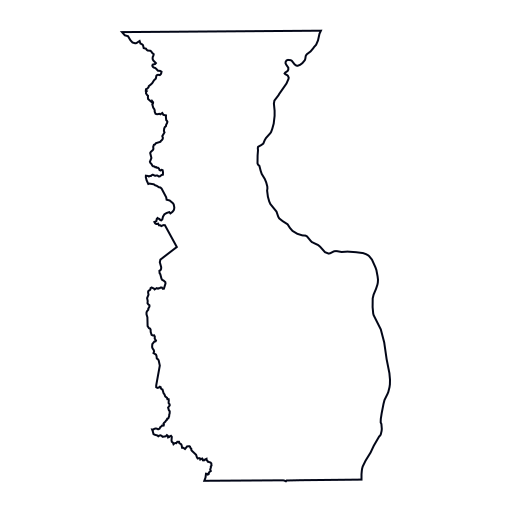 the district of Cotriguaçu, Mato Grosso, Brazil
{"feature_id": "56859067B41206181741344", "entity_name": "Cotriguaçu", "entity_type": "district", "adm_level": 2, "iso_a3": "BRA", "parent_name": "Brazil", "parent_adm1": "Mato Grosso", "projection": "natural_earth1", "projection_center": [-58.781, -9.466], "detail": "fine", "context": "isolated", "style": "outline", "palette": "ink", "viewbox_px": 512, "rotation_deg": 0, "n_neighbors": 0, "source": "geoboundaries", "source_scale": "gbopen_adm2", "svg_char_len": 6032}
<svg xmlns="http://www.w3.org/2000/svg" viewBox="0 0 512 512"><path d="M122.0,32.1L124.8,35.3L128.0,36.2L130.4,40.2L132.5,42.5L135.2,43.3L136.4,43.1L139.6,41.0L140.4,43.5L142.2,44.4L143.0,45.2L143.7,48.1L146.0,48.7L146.7,49.8L147.6,50.5L150.5,50.8L151.4,51.7L152.2,52.9L153.7,54.2L153.4,55.6L152.7,57.1L152.6,58.5L152.8,59.6L153.5,60.7L155.9,63.1L155.1,64.0L152.7,64.6L152.3,65.8L153.0,67.0L153.9,67.6L155.2,68.0L156.3,68.9L157.9,70.7L160.1,70.9L161.5,71.7L161.3,73.0L160.8,74.2L159.8,75.1L158.1,74.8L157.2,75.0L156.4,75.7L155.8,78.6L154.0,80.3L152.2,83.2L150.6,84.7L148.8,86.1L148.5,87.3L147.2,88.7L146.0,89.2L145.8,90.9L146.7,91.2L146.1,92.0L146.0,93.3L147.0,94.9L148.0,95.8L147.9,97.3L148.1,99.0L151.5,102.0L152.0,100.9L153.1,102.3L152.9,103.7L152.3,104.4L153.2,107.6L154.4,109.4L154.7,110.6L154.7,111.7L155.5,113.7L156.3,114.1L157.7,114.2L159.3,113.8L160.4,114.3L162.3,113.0L163.4,114.9L166.0,115.4L165.9,117.0L166.2,120.1L166.9,120.8L167.4,121.8L167.0,123.2L166.2,124.6L165.9,126.2L164.8,127.1L164.2,128.5L163.9,131.0L164.5,132.4L162.3,136.1L162.9,137.9L162.6,139.1L161.8,140.2L160.9,140.9L160.4,141.8L155.9,143.2L154.9,144.5L153.9,144.8L153.2,146.8L153.4,148.9L152.9,150.0L150.8,151.9L150.2,153.0L151.4,158.0L149.9,161.8L150.4,162.9L151.6,164.2L152.3,165.6L153.1,166.3L154.5,166.5L155.3,167.3L156.2,167.1L157.0,167.8L157.9,167.7L159.0,168.6L159.5,170.0L160.4,170.5L161.6,169.8L162.6,170.2L163.0,172.3L162.9,174.7L161.6,175.0L159.8,176.4L158.8,176.5L157.4,175.5L156.3,175.5L155.1,175.8L152.8,174.7L151.7,175.2L150.9,176.0L150.1,175.9L148.9,176.5L148.1,176.0L145.9,175.7L145.8,177.1L146.6,180.3L148.3,184.0L149.5,183.6L153.8,184.3L155.1,185.3L156.7,185.8L159.0,187.3L160.4,187.5L161.6,188.6L166.2,197.3L166.6,199.7L169.7,200.5L172.9,203.2L173.7,204.4L174.3,207.5L174.1,209.1L173.7,210.3L172.4,211.9L170.4,213.4L169.3,212.1L166.6,213.0L164.4,214.3L163.0,216.6L162.3,219.4L161.2,220.4L160.2,220.0L159.4,218.9L158.3,218.7L157.6,218.0L156.8,218.8L156.3,221.2L154.4,222.0L155.1,223.3L156.2,224.0L157.1,224.0L158.1,223.6L159.0,225.3L160.4,225.3L161.3,226.1L163.4,225.1L164.9,225.2L176.8,247.0L160.4,259.6L159.8,262.2L161.2,267.2L161.1,268.9L160.6,270.0L159.4,270.8L159.6,273.2L160.3,274.2L161.5,278.8L162.4,280.1L163.4,280.4L165.3,282.1L165.5,283.5L163.9,288.7L162.8,288.8L161.8,287.5L160.6,287.5L159.7,288.2L158.8,288.2L158.0,288.7L156.8,288.1L154.6,289.4L154.0,288.6L151.6,287.5L150.6,288.1L150.3,289.5L149.7,290.2L148.8,290.6L148.2,291.3L148.1,292.6L148.5,294.7L147.1,298.1L147.7,301.0L147.5,303.2L148.3,304.4L149.4,305.2L149.5,306.2L149.1,307.4L148.3,308.5L148.3,309.7L146.9,311.4L146.5,312.6L146.5,314.3L147.4,317.3L147.6,326.1L149.0,328.2L150.1,328.6L150.6,329.7L150.7,332.0L151.6,334.9L153.0,335.5L154.1,335.3L154.8,336.6L154.7,338.6L156.0,340.6L155.5,341.4L154.4,341.5L152.3,344.1L152.1,347.0L152.6,348.5L153.7,350.0L154.1,351.3L153.5,353.1L156.0,354.6L156.5,356.0L156.8,358.5L158.1,359.4L158.7,360.5L159.8,365.6L156.2,385.4L156.2,387.2L157.4,387.9L158.7,387.6L159.8,386.7L160.7,387.2L160.8,388.2L161.5,389.1L162.5,389.5L163.6,393.3L164.5,394.4L165.2,396.4L167.1,397.9L167.4,399.2L168.6,399.2L168.8,400.7L168.6,402.1L168.7,403.3L169.6,404.3L169.7,405.4L168.1,407.6L168.9,410.3L169.7,411.2L169.7,412.3L169.6,413.6L169.2,414.8L169.2,416.0L168.3,418.4L167.2,418.7L166.9,419.9L166.0,420.5L165.5,421.5L164.0,422.9L163.5,423.7L163.9,424.7L163.6,425.6L162.1,425.5L161.5,426.3L160.4,427.0L159.5,428.7L158.1,429.3L156.7,428.6L155.4,428.5L154.0,429.0L153.3,429.6L152.1,429.5L152.7,431.0L153.5,434.1L154.6,434.7L157.4,435.5L158.3,436.3L159.3,435.6L160.5,435.3L161.7,435.9L162.6,436.8L165.8,436.3L166.9,435.1L167.9,435.9L168.1,437.4L169.2,437.0L170.0,436.2L171.0,435.8L171.8,436.9L171.5,440.4L171.8,441.8L173.0,442.7L173.5,444.2L174.4,443.4L175.3,443.0L176.3,443.2L177.3,441.8L179.0,441.8L179.3,443.1L181.2,444.3L181.6,445.2L182.1,447.8L183.4,447.8L185.0,449.0L187.1,446.4L189.3,446.2L190.0,446.6L190.3,447.7L191.3,448.8L191.3,449.9L191.8,450.7L196.1,454.8L196.9,457.3L197.7,458.5L199.1,458.1L200.1,458.5L200.3,459.5L202.2,458.5L202.7,459.2L202.9,460.3L204.0,460.4L205.0,459.5L206.5,458.8L206.6,460.2L207.4,460.7L207.8,461.7L210.5,462.5L211.3,463.4L211.5,465.6L210.8,466.4L210.9,467.4L210.2,469.5L210.8,471.0L209.4,472.0L208.8,472.8L208.8,473.9L207.8,474.6L207.1,473.9L206.0,473.7L205.5,477.6L204.3,480.8L282.9,480.3L284.1,480.5L285.9,481.3L286.6,480.5L300.6,480.2L361.5,479.6L361.5,474.2L361.8,470.8L362.1,468.7L362.7,466.5L365.6,460.6L370.6,452.5L373.8,445.7L379.2,436.4L380.1,435.6L380.7,434.6L381.0,433.5L381.6,430.9L381.8,428.9L381.4,424.0L380.7,422.5L380.7,421.3L380.8,418.9L381.7,413.1L383.5,403.9L384.5,400.0L387.6,393.7L388.3,392.0L389.5,387.2L389.9,384.4L390.0,379.8L389.4,373.2L386.6,359.1L384.2,342.4L380.8,329.4L373.6,315.1L373.2,313.5L372.6,307.1L372.7,298.4L373.6,294.6L376.0,288.9L377.4,284.7L377.8,282.7L378.0,279.8L377.6,276.5L376.4,270.1L375.5,267.5L372.0,259.7L369.2,256.2L368.1,255.3L366.1,254.2L363.1,253.1L356.0,252.2L347.5,251.6L341.6,252.0L336.7,251.1L335.1,251.1L333.8,251.4L330.3,253.2L328.7,253.6L325.0,252.2L320.1,246.7L318.2,245.1L311.9,242.1L310.7,240.9L307.0,236.4L305.5,235.6L302.4,235.4L297.3,233.8L292.5,230.9L289.9,227.9L287.6,224.3L282.6,221.1L279.2,218.4L278.2,216.6L276.5,211.6L270.4,204.1L269.2,201.4L267.9,196.7L267.1,190.6L267.4,188.5L267.3,186.5L266.2,182.4L264.8,179.0L261.7,173.9L260.6,170.6L259.4,165.9L258.0,164.6L257.5,163.3L257.6,155.5L258.0,150.2L257.8,148.1L258.1,146.8L261.2,145.1L263.3,143.6L264.7,140.2L266.0,138.0L270.3,133.2L271.1,132.0L272.3,128.7L273.7,123.6L274.6,115.9L274.6,110.8L273.9,103.6L274.4,100.6L278.6,95.1L279.1,94.1L286.5,83.5L288.5,78.9L288.7,77.7L288.0,76.0L287.4,75.3L285.3,74.2L284.6,73.5L285.2,72.6L287.6,71.0L288.3,69.6L288.3,67.7L286.1,64.5L285.5,63.1L285.7,61.7L286.6,60.4L288.0,59.9L290.7,60.2L291.8,60.8L294.6,64.4L296.3,65.6L297.6,65.8L300.1,64.8L302.4,63.1L304.8,60.2L305.3,58.8L305.7,56.1L306.2,55.1L306.9,54.2L310.6,51.4L313.2,48.3L314.1,47.0L316.1,44.8L318.0,40.4L319.5,33.7L320.9,30.7L122.0,32.1Z" fill="none" stroke="#020617" stroke-width="2"/></svg>